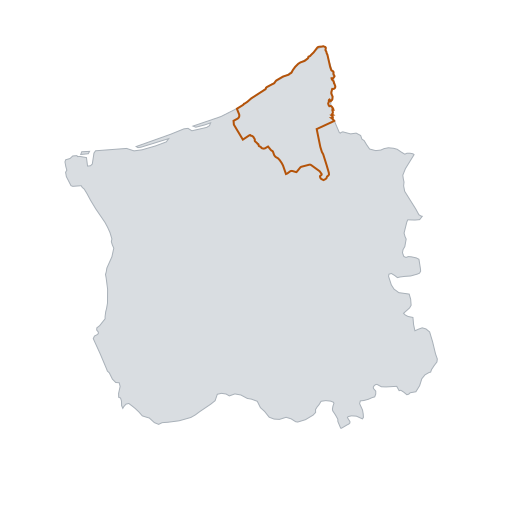 Bas-Sassandra highlighted on a map of Ivory Coast, rotated 166°
{"feature_id": "CIV-3448", "entity_name": "Bas-Sassandra", "entity_type": "Department", "adm_level": 1, "iso_a3": "CIV", "parent_name": "Ivory Coast", "parent_adm1": "", "projection": "orthographic", "projection_center": [-6.849, 5.451], "detail": "fine", "context": "in_parent", "style": "outline", "palette": "amber", "viewbox_px": 512, "rotation_deg": 166, "n_neighbors": 0, "source": "natural_earth", "source_scale": "10m", "svg_char_len": 6686}
<svg xmlns="http://www.w3.org/2000/svg" viewBox="0 0 512 512"><g transform="rotate(166 256 256)"><path d="M114.6,101.1L116.3,101.1L120.8,99.8L124.8,96.8L128.6,90.6L133.7,85.6L139.5,86.0L141.2,85.0L143.2,84.9L145.6,88.2L148.0,90.7L149.7,90.7L151.0,95.5L161.5,97.5L166.0,98.8L169.7,102.2L171.0,102.3L172.7,101.6L173.9,100.4L174.1,99.1L172.5,95.9L173.2,93.1L174.9,90.6L177.6,90.5L181.7,89.8L186.4,89.7L189.8,90.2L191.2,87.7L189.9,80.7L190.2,76.8L190.8,73.5L192.1,72.2L197.3,76.3L202.0,77.8L205.4,77.9L206.4,77.1L204.9,72.6L205.3,71.3L206.6,70.5L208.8,70.0L214.8,68.2L215.5,68.5L216.6,75.6L216.1,77.9L217.4,82.7L219.0,87.2L218.9,89.0L217.6,91.8L216.0,94.3L216.2,95.3L218.6,97.1L223.3,98.8L228.0,99.3L230.7,96.6L233.5,94.5L235.4,92.6L236.0,89.8L239.1,87.8L247.7,85.2L255.7,84.8L257.6,85.6L261.3,89.5L265.8,92.2L272.8,91.8L277.9,93.4L282.2,96.4L285.2,103.0L288.4,107.8L289.9,114.7L295.0,118.2L298.9,119.9L304.3,124.8L309.9,127.3L315.7,126.7L318.4,129.3L322.7,131.1L327.0,131.2L330.7,125.5L335.7,123.2L348.3,118.6L353.3,116.5L358.3,115.1L370.4,114.7L381.7,116.0L387.4,117.0L391.2,116.2L394.9,118.9L398.7,124.6L401.8,126.4L405.0,128.4L407.3,132.9L410.1,137.3L411.6,139.3L415.1,143.7L418.0,143.7L420.8,141.8L422.1,140.4L422.6,143.3L421.6,148.0L421.8,151.0L423.4,152.1L422.6,155.8L419.4,162.3L419.4,166.1L422.7,167.2L425.1,171.2L426.6,178.1L428.1,180.4L428.2,181.8L430.8,198.5L433.9,215.2L432.1,217.4L429.5,218.0L427.8,218.8L427.4,220.4L428.5,222.7L427.8,224.8L424.6,226.2L417.6,231.6L417.1,233.7L415.3,238.3L413.8,241.0L411.5,246.2L408.0,259.8L406.7,271.0L406.5,274.5L405.1,276.9L403.6,280.4L396.0,290.1L392.1,298.0L392.7,301.4L392.9,304.9L391.7,307.4L392.0,314.0L393.0,319.6L394.4,325.1L400.1,340.5L403.0,349.9L404.9,357.4L406.5,362.5L408.0,364.6L408.6,366.5L416.9,367.9L418.5,369.0L420.8,378.9L420.5,383.3L418.8,385.0L418.9,388.8L418.6,393.5L417.4,395.4L412.8,395.6L409.6,397.4L405.5,396.7L405.1,395.6L402.8,395.2L396.7,392.5L397.7,384.0L394.8,383.6L392.6,384.8L388.3,395.1L386.2,396.9L355.6,391.7L348.9,387.5L340.9,386.6L327.0,387.1L315.5,388.4L312.3,391.0L341.2,389.4L344.3,389.7L345.8,391.2L309.2,394.8L295.2,396.8L291.1,396.3L287.9,393.0L272.8,392.7L269.6,393.7L267.8,396.2L273.7,395.6L283.2,395.5L285.7,397.3L256.2,399.8L235.7,404.5L227.0,407.9L198.5,419.2L181.0,424.5L176.5,426.5L168.5,432.0L158.3,435.5L146.9,441.9L139.9,443.4L138.3,441.3L138.2,430.4L137.2,415.7L137.6,410.0L138.5,404.8L138.5,400.4L142.0,398.8L142.9,396.9L143.5,391.2L146.7,386.0L146.8,377.0L147.7,375.1L148.5,372.7L147.1,366.8L145.3,355.6L144.4,354.8L143.6,355.3L141.8,355.5L134.7,351.6L129.1,351.0L125.3,347.6L125.0,343.9L123.1,341.7L121.8,337.3L119.9,332.3L114.4,329.3L109.3,328.6L105.7,329.2L101.4,329.0L96.6,327.3L93.2,325.4L90.0,321.8L87.0,318.8L84.7,319.2L81.8,318.5L79.0,317.2L78.1,316.1L89.9,304.6L94.0,298.9L94.4,295.4L94.5,291.9L95.8,288.3L96.1,282.8L89.6,262.9L88.0,256.7L86.3,254.9L85.1,254.3L88.4,251.7L93.0,252.4L100.0,254.4L101.5,252.4L106.8,242.4L106.7,238.7L106.2,236.1L109.3,229.2L111.8,226.6L113.1,223.7L112.7,219.8L110.8,218.3L108.4,218.6L105.4,217.6L101.0,215.4L98.7,213.4L99.5,204.3L99.9,201.5L101.5,199.8L103.9,199.4L110.8,199.2L116.4,200.2L121.3,200.8L124.0,200.8L126.1,203.5L128.9,206.3L131.4,206.2L132.3,204.2L131.7,195.2L130.1,190.5L126.3,185.9L116.6,182.0L116.4,176.6L117.4,170.7L119.5,168.5L126.7,164.7L125.5,162.7L123.2,160.6L118.6,158.4L119.7,151.3L119.9,145.0L116.0,145.7L112.1,146.1L108.7,144.1L105.9,140.3L105.4,129.8L105.5,117.6L105.0,112.2L106.1,109.4L109.5,106.7L113.2,103.3L114.6,101.1ZM401.5,396.9L399.9,399.3L392.2,397.8L394.0,395.8L401.5,396.9Z" fill="#d9dde1" stroke="#a8b0b8" stroke-width="1"/><path d="M149.4,371.6L148.7,370.7L147.4,368.2L148.5,367.9L166.4,364.5L167.2,346.3L166.9,341.0L166.2,338.5L165.5,326.9L165.2,319.1L165.5,317.3L166.2,316.7L166.6,316.4L167.0,316.3L167.3,316.2L167.5,316.1L167.8,315.9L168.0,315.7L168.7,314.6L168.9,314.4L169.8,313.9L170.1,313.8L171.7,313.4L172.1,313.3L174.1,315.0L174.6,316.1L174.7,316.8L174.7,317.3L174.7,317.7L174.6,318.0L174.2,318.3L173.7,318.5L173.4,318.5L173.0,318.7L172.8,318.9L172.5,319.4L172.5,319.7L173.7,322.8L180.5,330.9L181.3,331.5L182.0,331.7L190.4,331.6L191.0,331.5L191.6,331.2L196.0,327.9L196.5,327.6L197.1,327.9L200.0,329.6L201.1,330.0L202.1,330.0L205.7,328.5L207.1,328.3L207.9,337.3L208.6,340.1L209.8,343.3L210.9,345.3L211.3,345.8L211.6,346.1L211.8,346.2L212.5,346.9L213.0,347.4L213.3,347.9L213.7,348.8L213.9,349.3L214.0,349.8L214.3,353.1L214.5,353.6L214.7,354.0L215.2,354.3L215.4,354.5L215.7,354.9L216.0,355.4L217.8,359.3L221.2,358.3L222.5,358.3L223.0,358.5L224.4,359.3L224.6,359.7L225.1,360.8L226.4,361.8L226.6,362.0L226.7,362.3L226.7,362.6L226.6,363.3L226.6,363.6L226.7,364.0L226.9,364.2L227.2,364.3L227.4,364.5L227.6,365.2L228.0,365.8L228.3,366.2L228.5,366.5L229.3,367.7L229.3,368.3L229.2,368.6L229.1,368.9L229.0,369.1L229.0,369.5L229.1,370.1L229.2,370.4L229.3,370.6L229.4,370.9L229.7,372.1L229.9,372.3L230.0,372.6L230.4,373.0L230.6,373.3L230.9,373.5L231.2,373.7L231.8,373.9L232.1,374.2L232.2,374.6L232.4,374.8L233.3,374.7L240.6,372.1L245.7,388.8L245.1,392.6L240.4,393.8L239.9,394.1L239.4,394.4L238.8,395.0L238.6,395.4L238.4,395.8L238.1,396.8L238.1,397.5L238.9,403.3L238.9,403.5L232.3,405.6L231.3,406.1L230.9,406.6L230.2,406.6L227.1,407.7L222.5,410.1L206.5,415.5L206.0,415.9L205.6,416.8L204.7,417.3L198.5,418.8L197.3,419.0L196.4,419.3L194.8,420.8L193.9,421.4L186.4,423.6L180.5,424.0L179.0,424.7L177.6,425.1L177.0,425.5L175.3,427.5L172.2,430.1L168.5,432.3L166.1,433.1L161.7,433.5L158.2,435.0L157.5,435.5L156.9,436.7L156.3,436.8L155.6,436.8L155.0,437.0L153.9,437.8L150.8,439.6L146.1,443.4L145.1,443.8L143.7,443.7L141.1,443.2L140.1,443.3L138.2,442.0L137.9,441.3L138.0,440.7L138.6,439.6L138.8,439.0L138.7,438.4L138.3,437.2L138.4,435.8L138.3,435.1L138.1,434.6L138.0,434.1L138.3,421.4L138.0,418.4L137.9,417.9L137.5,417.4L137.1,417.1L136.6,416.7L136.3,416.0L136.3,415.9L136.3,415.4L136.7,414.2L136.8,413.6L136.3,411.7L136.4,411.2L138.2,409.8L138.9,409.9L139.4,410.2L139.7,410.2L139.7,409.3L139.3,408.2L138.8,407.4L138.4,406.6L138.5,405.3L138.4,405.3L138.0,401.9L138.1,400.9L138.9,399.8L139.8,399.4L140.8,399.4L141.6,399.7L143.2,396.9L143.6,395.8L143.6,394.8L143.1,392.1L143.8,390.1L144.0,389.6L144.5,389.0L146.0,388.2L146.8,388.2L146.7,388.4L146.4,388.7L146.5,389.0L146.6,389.4L146.6,389.8L146.8,390.1L147.4,389.8L147.7,389.4L147.9,388.5L148.0,388.1L148.7,387.1L149.1,386.5L149.1,385.8L149.0,384.7L148.6,383.6L148.2,383.5L147.6,383.6L146.7,383.1L146.2,382.3L145.8,381.3L145.5,380.2L145.5,379.3L146.3,379.7L146.6,379.1L146.6,376.9L147.0,376.0L147.7,375.5L148.0,375.0L147.9,374.9L147.3,374.3L147.7,374.3L148.8,374.3L148.1,373.2L147.8,372.1L148.2,371.4L149.4,371.6Z" fill="none" stroke="#b45309" stroke-width="2"/></g></svg>